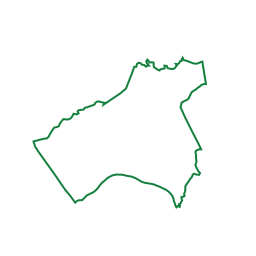 São João Batista, Maranhão, Brazil (Equal Earth projection), rotated 111°
{"feature_id": "56859067B29917550346546", "entity_name": "São João Batista", "entity_type": "district", "adm_level": 2, "iso_a3": "BRA", "parent_name": "Brazil", "parent_adm1": "Maranhão", "projection": "equal_earth", "projection_center": [-44.778, -3.014], "detail": "fine", "context": "isolated", "style": "outline", "palette": "green", "viewbox_px": 256, "rotation_deg": 111, "n_neighbors": 0, "source": "geoboundaries", "source_scale": "gbopen_adm2", "svg_char_len": 2631}
<svg xmlns="http://www.w3.org/2000/svg" viewBox="0 0 256 256"><g transform="rotate(111 128 128)"><path d="M216.6,150.6L215.2,150.0L213.3,148.4L211.7,144.9L209.0,143.7L205.9,142.4L202.8,139.7L201.5,138.3L199.5,136.7L197.9,135.9L195.1,134.6L192.7,134.1L190.6,133.4L188.8,132.8L187.1,131.9L185.3,130.8L183.8,130.1L181.6,128.9L179.7,127.3L177.9,125.6L176.5,123.6L175.6,122.3L174.8,119.7L173.9,117.4L173.5,115.5L173.2,113.0L172.8,110.5L172.3,108.6L172.1,106.7L172.1,104.2L172.3,101.8L172.6,100.0L172.9,98.1L173.3,95.9L173.1,92.4L172.2,88.4L171.7,85.6L171.4,83.3L171.5,80.5L171.5,76.6L171.8,74.1L172.0,70.9L172.9,67.1L174.1,64.5L175.2,62.7L176.2,61.6L177.8,60.1L179.5,59.2L181.3,57.5L183.0,56.3L184.7,54.4L183.0,53.6L183.1,51.5L181.6,51.7L180.8,53.1L179.7,51.9L177.8,51.8L176.1,51.5L174.7,52.8L173.2,53.3L172.3,51.7L171.1,50.8L170.0,51.8L168.5,52.0L165.7,52.1L163.3,53.1L161.6,53.6L159.4,53.1L155.2,52.0L153.2,51.8L151.7,51.0L150.1,50.7L148.3,50.9L147.0,49.9L147.0,47.7L146.2,44.8L144.3,44.6L143.2,46.6L141.8,48.5L139.7,50.7L137.9,52.0L135.9,51.8L134.4,52.2L132.7,53.2L130.3,54.3L128.7,54.7L127.5,55.8L125.5,56.6L123.8,55.5L122.6,54.2L121.7,52.1L116.5,57.6L108.4,66.7L97.9,78.2L89.6,86.6L87.8,86.5L85.3,87.1L83.2,85.6L81.1,83.5L79.5,82.2L78.1,82.0L75.9,81.8L71.9,81.4L69.6,80.0L67.6,78.3L66.0,77.6L64.6,76.7L63.2,75.7L61.4,74.8L60.0,73.2L59.0,71.0L39.4,82.4L40.3,83.6L41.6,84.9L42.7,85.9L43.5,87.4L44.3,90.0L44.2,92.1L44.3,93.9L44.2,96.4L44.6,100.3L42.8,102.2L44.8,102.4L46.1,102.0L47.2,103.4L49.0,103.5L50.6,104.4L51.1,106.3L52.0,104.8L53.4,105.3L55.0,105.6L56.6,106.8L57.6,109.8L57.9,112.5L56.2,114.1L56.7,116.3L58.0,115.6L59.3,115.2L60.7,117.3L61.6,118.8L63.0,119.2L63.0,121.0L62.4,122.8L62.0,125.5L60.5,126.5L59.2,126.8L57.7,127.7L58.2,129.5L59.2,131.5L58.0,132.8L57.2,134.4L59.2,134.9L60.8,133.5L62.3,130.8L63.0,132.4L64.3,133.2L63.4,135.3L63.9,138.0L63.0,139.3L63.3,141.4L64.7,142.5L66.4,142.4L67.9,142.2L68.7,144.1L74.6,143.9L89.9,144.0L92.0,144.0L98.3,147.5L115.0,159.2L112.9,159.2L113.4,161.8L113.7,165.1L114.7,166.6L116.6,167.7L118.1,167.6L119.1,168.7L120.2,170.0L122.1,172.3L123.5,173.8L124.5,175.5L126.8,176.1L128.1,178.7L129.2,180.6L130.7,181.0L132.1,179.4L133.8,181.0L134.2,183.9L136.2,184.1L138.0,184.4L139.5,185.0L141.2,186.5L142.3,189.0L142.6,191.1L144.4,192.2L145.8,192.5L147.5,193.1L149.8,193.2L151.2,193.3L152.7,194.9L154.1,197.0L156.4,197.7L158.5,198.1L160.0,198.3L162.1,198.7L164.1,198.9L165.6,199.4L166.8,200.0L168.0,202.4L169.6,204.8L174.4,211.4L178.9,207.8L180.2,205.9L182.0,203.5L183.9,200.6L198.1,179.1L203.1,171.9L208.6,163.9L211.9,157.8L216.6,150.6Z" fill="none" stroke="#15803d" stroke-width="2"/></g></svg>